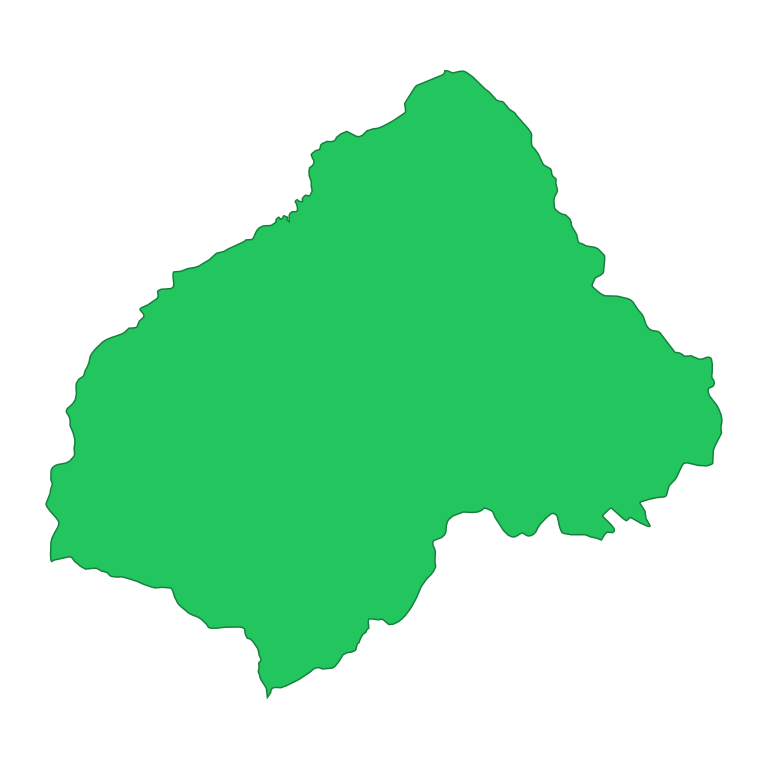 the district of Tan Uyen, Lào Cai, Vietnam
{"feature_id": "81297802B83473395979783", "entity_name": "Tan Uyen", "entity_type": "district", "adm_level": 2, "iso_a3": "VNM", "parent_name": "Vietnam", "parent_adm1": "Lào Cai", "projection": "orthographic", "projection_center": [103.735, 22.126], "detail": "fine", "context": "isolated", "style": "filled", "palette": "green", "viewbox_px": 768, "rotation_deg": 0, "n_neighbors": 0, "source": "geoboundaries", "source_scale": "gbopen_adm2", "svg_char_len": 6055}
<svg xmlns="http://www.w3.org/2000/svg" viewBox="0 0 768 768"><path d="M267.4,697.4L270.7,692.6L270.8,690.6L272.2,688.2L275.2,687.4L281.0,687.7L286.4,685.7L298.7,679.6L309.6,672.4L313.9,668.7L316.9,667.7L319.5,667.7L322.5,669.0L332.6,668.0L335.1,666.2L338.9,661.6L343.0,654.8L346.7,652.8L351.8,652.0L355.3,650.4L355.9,649.4L357.2,644.0L359.0,642.6L360.5,638.3L362.6,634.8L363.5,633.7L365.4,632.7L366.1,631.7L366.7,629.8L368.8,628.1L368.2,621.1L368.9,619.0L372.6,619.0L378.2,619.8L381.7,619.2L383.0,619.6L388.8,624.5L393.4,624.1L398.6,621.6L401.7,619.1L405.2,615.6L410.1,609.1L412.2,605.7L416.5,597.7L421.4,586.3L427.0,578.5L430.5,575.2L433.6,571.2L435.5,567.1L435.6,566.0L434.9,561.4L435.4,552.0L434.7,549.0L432.8,544.7L432.8,542.3L434.0,540.4L441.8,537.4L444.6,534.8L445.8,532.2L446.4,525.4L447.5,521.4L449.0,519.3L452.8,516.0L463.3,512.0L472.1,512.5L478.0,511.9L481.6,510.4L483.9,508.1L485.9,508.3L491.2,510.6L492.7,511.7L495.1,517.5L503.5,530.5L508.0,535.0L511.3,536.6L514.2,537.0L516.7,536.0L521.8,532.9L522.4,532.9L526.4,535.3L528.2,536.0L531.1,535.6L533.4,534.4L535.9,531.8L537.7,528.0L540.4,523.9L547.3,516.8L551.0,514.0L552.0,513.5L553.9,513.5L556.0,514.7L557.4,516.7L559.8,527.6L561.6,532.0L562.3,532.7L563.7,533.4L571.1,534.7L585.2,534.7L590.9,537.0L596.1,538.0L601.4,540.0L604.3,535.1L606.2,532.9L607.3,532.2L612.7,532.6L614.3,530.9L614.3,529.4L613.9,528.4L611.4,525.0L602.7,516.3L602.8,515.3L609.2,509.1L610.6,508.2L611.8,508.4L623.0,518.5L626.2,520.7L627.6,520.0L629.2,518.2L630.8,517.5L640.8,523.2L647.7,526.3L649.5,526.5L650.1,525.7L646.0,518.5L645.0,511.1L640.1,503.6L640.0,502.9L640.5,502.0L649.1,499.3L657.5,497.5L663.7,497.0L665.2,496.5L666.4,495.5L668.7,487.1L669.5,485.3L674.9,479.7L676.2,477.9L682.0,465.8L683.7,463.5L686.0,462.9L687.7,462.9L698.2,465.4L706.8,465.9L711.4,464.4L712.7,463.4L713.3,450.5L714.8,446.4L721.5,433.1L720.9,427.1L721.9,421.7L721.7,418.1L721.0,414.6L718.8,409.1L716.9,405.4L709.4,395.8L708.3,392.0L708.2,389.3L708.6,388.4L713.2,386.1L714.0,384.5L714.4,383.1L713.6,380.1L712.1,378.1L711.7,375.9L712.2,372.4L712.3,364.2L711.5,359.3L710.6,357.9L708.9,357.2L706.7,357.3L702.9,358.9L700.2,359.2L698.5,359.0L691.2,355.8L684.6,356.3L681.1,353.7L678.8,352.8L675.0,352.4L659.8,332.6L657.8,331.4L651.4,330.3L648.4,328.2L646.2,325.0L643.3,316.6L641.7,313.9L637.9,309.6L633.1,302.2L630.6,299.9L627.8,298.7L617.7,296.2L604.9,295.8L601.3,294.1L597.1,290.9L592.9,287.1L592.2,285.7L592.3,284.3L595.2,277.9L600.2,275.4L603.0,273.1L603.5,271.9L604.8,258.5L604.4,255.4L598.1,248.9L595.0,247.4L586.0,245.9L583.1,244.2L578.8,242.7L577.8,240.4L577.2,236.8L576.3,233.9L571.5,225.6L571.2,222.5L569.9,219.0L565.6,214.9L561.9,214.1L558.4,212.1L555.5,209.5L554.5,207.9L553.9,200.8L554.4,197.3L557.3,191.6L557.5,189.9L555.7,182.8L556.1,180.4L555.9,178.8L553.0,176.4L551.7,173.9L551.4,170.6L550.5,168.8L543.9,165.1L542.8,163.6L538.3,154.0L534.8,149.1L532.3,146.5L531.5,144.2L531.4,139.2L531.7,134.7L531.1,132.9L528.4,128.9L516.7,115.7L514.6,112.7L509.1,109.1L503.6,102.4L502.1,101.5L499.0,101.2L496.4,100.0L489.2,92.0L485.2,89.1L472.7,76.9L466.6,72.5L463.8,71.2L460.1,71.3L452.5,73.0L448.4,71.1L444.9,70.6L444.7,72.2L443.8,74.0L442.0,75.1L416.7,85.5L415.2,86.8L404.9,103.0L404.7,104.3L405.6,110.0L405.4,111.9L404.6,113.0L393.4,120.6L387.8,123.7L382.0,126.7L377.8,128.3L373.1,128.9L367.0,130.8L362.3,135.5L359.1,136.7L356.5,136.4L346.8,131.4L340.7,134.0L336.4,137.5L335.6,139.6L333.7,141.1L330.9,141.7L326.7,141.4L324.3,142.8L322.5,143.3L320.7,145.1L320.1,148.2L319.4,149.6L315.6,150.6L311.9,153.6L311.2,154.8L312.4,158.1L313.7,160.3L313.9,162.1L313.8,163.4L312.8,165.1L310.8,167.0L309.7,167.5L309.0,171.0L309.2,175.7L311.3,181.8L311.2,185.7L312.1,190.4L311.9,191.7L309.9,195.5L309.3,195.9L308.3,195.9L306.8,195.3L305.3,195.4L304.5,195.9L302.3,198.6L302.6,201.4L302.2,201.8L299.2,201.3L297.2,199.7L295.9,200.5L295.2,201.8L296.4,203.7L297.2,206.1L297.6,210.4L296.1,211.7L291.9,211.8L289.8,213.7L289.2,215.6L289.2,221.8L286.9,219.7L286.8,219.1L287.5,218.1L287.3,217.1L285.7,216.7L284.5,215.7L283.4,216.1L282.7,218.0L281.4,219.2L280.5,219.2L279.2,217.4L278.2,217.4L276.2,219.4L275.7,222.4L271.9,225.0L271.1,225.4L263.0,226.0L259.2,227.9L257.4,229.8L255.7,232.6L253.4,238.2L251.6,239.6L246.0,239.9L244.1,241.6L228.1,249.0L223.8,251.5L216.5,253.3L209.3,259.7L198.8,266.1L195.4,267.3L187.5,268.7L180.9,271.3L173.9,271.9L173.3,272.6L173.1,274.0L173.1,277.3L173.8,284.0L173.4,286.6L172.5,287.7L170.8,288.6L161.1,289.3L158.2,290.6L157.6,292.1L158.1,294.5L157.9,297.3L157.0,298.6L147.8,304.9L142.0,307.5L140.3,308.6L140.0,309.7L143.7,314.3L143.9,316.4L143.3,317.5L139.3,321.1L137.0,326.9L135.8,327.5L133.1,328.0L129.0,328.2L124.2,332.7L121.0,334.3L111.3,337.6L106.1,339.8L102.5,342.1L94.9,349.6L92.1,353.1L90.3,356.3L88.8,363.2L86.9,367.7L85.1,370.7L84.1,374.5L83.2,376.4L78.9,379.2L76.4,383.2L76.0,385.9L76.4,393.9L75.3,399.5L73.6,402.5L71.2,405.2L67.3,408.5L66.4,410.6L66.4,412.2L68.9,416.2L70.1,419.8L70.1,425.7L73.0,432.4L74.8,439.2L75.0,442.2L74.1,448.1L74.6,454.0L74.2,455.9L69.8,461.1L65.8,463.1L57.6,464.6L55.0,465.7L52.7,467.5L51.5,469.3L51.0,471.9L50.9,479.8L52.2,483.5L52.3,484.8L50.6,489.5L50.1,493.4L46.3,503.0L46.1,504.5L46.8,506.5L50.1,511.1L55.9,517.5L58.4,521.1L58.8,522.6L58.7,524.8L57.6,527.6L54.5,533.0L51.9,538.4L51.0,542.3L50.5,555.4L50.9,560.0L51.7,561.5L54.0,560.1L68.7,556.9L70.3,556.9L72.0,557.8L74.4,561.1L80.3,566.2L85.5,569.1L93.5,568.2L96.8,568.4L101.6,571.1L103.8,571.5L107.3,572.7L109.7,575.3L111.3,576.4L117.2,577.1L121.8,576.8L127.8,578.4L136.6,581.2L144.2,584.5L152.1,587.2L155.2,587.9L161.8,587.3L170.6,588.0L171.5,588.5L172.8,590.9L174.6,596.9L177.8,603.3L179.9,605.7L188.9,613.2L192.4,615.0L197.4,616.8L201.4,619.3L206.4,624.1L208.5,627.4L211.0,628.2L216.1,628.2L225.3,627.2L239.0,627.0L242.0,627.4L244.6,628.8L245.3,634.0L246.8,637.5L247.8,638.4L250.1,638.9L252.8,641.3L257.6,648.4L258.4,650.8L259.1,655.0L261.0,659.2L260.6,661.2L259.2,662.2L258.7,663.2L259.1,667.9L258.3,671.1L258.5,672.6L259.7,675.3L259.9,677.2L261.0,679.8L266.4,688.3L267.4,697.4Z" fill="#22c55e" stroke="#15803d" stroke-width="1.5"/></svg>